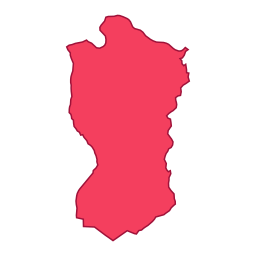 the district of Douradina, Paraná, Brazil
{"feature_id": "56859067B11671059089734", "entity_name": "Douradina", "entity_type": "district", "adm_level": 2, "iso_a3": "BRA", "parent_name": "Brazil", "parent_adm1": "Paraná", "projection": "mercator", "projection_center": [-53.283, -23.351], "detail": "fine", "context": "isolated", "style": "filled", "palette": "rose", "viewbox_px": 256, "rotation_deg": 0, "n_neighbors": 0, "source": "geoboundaries", "source_scale": "gbopen_adm2", "svg_char_len": 2223}
<svg xmlns="http://www.w3.org/2000/svg" viewBox="0 0 256 256"><path d="M185.3,47.5L183.3,49.6L181.4,50.8L178.9,51.1L175.2,49.8L173.2,48.4L168.6,44.3L166.5,43.3L163.6,42.5L156.5,42.1L153.2,40.9L150.3,39.3L145.6,35.8L142.9,32.2L140.3,30.2L136.9,29.2L134.6,28.6L132.6,26.8L130.4,21.7L128.7,19.6L127.0,18.5L123.2,16.8L119.7,15.6L117.5,15.4L114.1,16.3L108.2,16.5L105.9,17.2L104.6,21.1L101.2,25.1L99.9,27.3L100.0,30.2L105.4,36.0L106.0,39.6L105.8,42.9L104.8,45.1L103.3,46.5L99.7,48.2L96.5,47.8L91.6,43.2L88.2,41.7L86.5,40.1L82.5,42.0L75.3,43.4L72.0,44.6L69.1,45.2L66.7,46.9L67.9,49.8L70.3,52.8L70.3,55.2L71.2,58.1L72.4,61.0L73.4,63.3L72.8,71.0L71.8,73.9L71.0,76.8L70.7,79.6L70.7,82.6L71.2,85.1L71.1,88.1L71.3,91.5L71.9,96.4L70.8,99.5L70.5,104.5L69.6,106.9L69.3,109.1L69.2,112.6L70.8,114.2L71.4,116.2L71.7,118.6L73.4,120.1L73.6,123.2L74.1,126.4L75.9,128.6L77.3,130.9L79.5,132.3L80.7,135.1L82.7,134.7L84.0,137.3L86.8,140.6L88.1,143.8L90.6,145.4L92.3,147.2L94.3,150.6L94.8,152.9L96.1,155.8L97.0,159.5L96.9,161.8L97.8,165.0L96.0,168.0L93.3,170.5L93.0,173.0L79.9,188.8L78.7,190.5L77.3,193.4L76.7,195.8L76.0,201.0L76.3,204.4L77.0,208.1L76.4,215.3L76.6,217.7L83.3,219.2L83.5,226.5L94.5,227.0L105.5,235.3L107.7,236.8L113.0,240.6L127.2,230.7L134.4,233.6L136.4,234.0L138.8,230.6L141.6,230.0L143.4,228.4L145.2,227.1L147.9,225.4L152.5,221.4L154.5,219.1L155.7,217.0L158.9,216.1L161.0,215.5L163.9,214.7L165.5,213.4L169.5,210.6L171.2,207.8L173.8,205.3L175.3,204.1L175.2,201.3L174.3,198.7L174.0,193.9L171.0,190.6L168.7,187.2L168.5,183.1L169.0,180.2L169.0,177.6L170.8,173.7L170.3,170.7L168.3,171.7L166.9,170.1L165.8,167.9L166.3,163.5L164.3,159.4L165.1,156.2L166.1,153.5L167.7,151.3L168.7,148.8L171.1,147.5L172.6,145.0L173.0,141.9L171.6,139.2L169.7,136.6L167.7,133.9L168.2,130.5L169.7,128.3L171.3,126.0L170.9,122.2L170.4,119.1L167.9,118.1L166.6,115.8L168.9,113.4L171.4,111.6L173.1,110.6L176.2,107.7L176.7,104.7L176.4,102.6L175.7,100.0L175.6,97.6L178.0,95.9L180.5,95.4L181.2,91.8L180.7,87.9L183.2,85.1L185.6,83.7L187.2,82.6L189.3,81.1L188.1,77.0L188.8,73.1L186.6,72.7L186.5,69.4L185.7,64.3L183.8,65.7L182.0,63.7L181.8,60.8L180.0,58.6L182.4,57.9L184.3,55.1L185.6,51.4L188.1,49.6L185.3,47.5Z" fill="#f43f5e" stroke="#9f1239" stroke-width="1.5"/></svg>